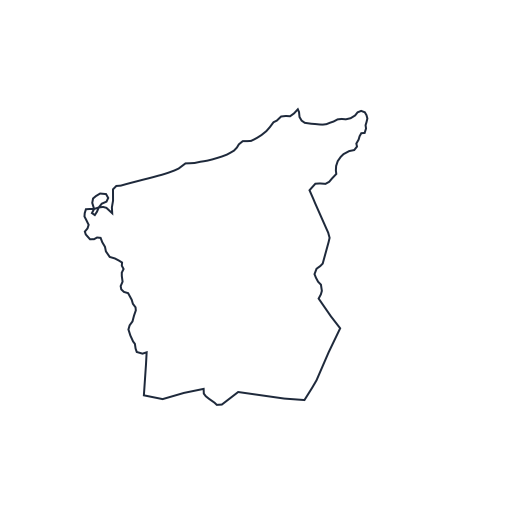 Ipojuca, Pernambuco, Brazil, rotated 233°
{"feature_id": "56859067B31320114840690", "entity_name": "Ipojuca", "entity_type": "district", "adm_level": 2, "iso_a3": "BRA", "parent_name": "Brazil", "parent_adm1": "Pernambuco", "projection": "robinson", "projection_center": [-35.046, -8.459], "detail": "fine", "context": "isolated", "style": "outline", "palette": "slate", "viewbox_px": 512, "rotation_deg": 233, "n_neighbors": 0, "source": "geoboundaries", "source_scale": "gbopen_adm2", "svg_char_len": 2479}
<svg xmlns="http://www.w3.org/2000/svg" viewBox="0 0 512 512"><g transform="rotate(233 256 256)"><path d="M212.2,82.6L200.5,93.0L197.9,95.3L190.0,116.1L181.4,134.2L177.5,131.5L174.2,131.5L170.3,132.5L163.8,134.6L160.7,135.1L157.9,139.3L158.1,159.9L125.1,192.8L111.8,208.0L117.0,221.6L120.3,229.5L135.4,256.1L147.6,279.7L162.7,279.5L184.3,280.4L186.3,284.7L188.5,287.6L194.0,290.6L198.1,290.1L202.6,290.8L206.3,291.8L209.4,296.7L209.3,301.4L209.8,304.7L223.3,322.2L226.2,325.7L231.2,327.7L235.2,328.6L262.7,335.0L267.0,336.1L276.3,338.3L277.0,341.7L278.0,346.9L275.5,350.7L271.8,354.9L271.2,359.1L272.2,363.5L273.2,369.5L276.3,371.3L279.7,374.2L282.6,378.4L284.2,383.4L284.7,387.2L283.7,393.6L281.5,398.2L282.6,402.5L285.4,403.8L287.2,408.0L289.3,410.8L290.7,414.0L288.9,416.8L291.6,420.6L294.5,422.2L296.4,424.8L298.8,427.7L302.0,429.0L305.3,429.4L308.6,427.3L309.6,423.6L308.6,419.7L309.1,414.5L311.1,410.0L313.9,406.9L316.0,403.4L316.7,398.9L317.9,395.3L318.9,391.6L320.8,388.3L322.8,385.9L325.5,383.0L328.4,379.7L333.0,375.1L336.7,373.9L340.8,374.4L345.1,377.0L348.0,377.7L347.0,372.2L347.1,367.3L349.8,364.2L352.3,360.0L351.6,354.1L352.3,350.5L350.6,344.7L349.5,339.4L349.3,333.2L349.7,328.2L350.2,324.8L350.9,321.3L353.1,318.0L355.7,314.5L355.5,309.5L354.1,306.0L353.4,301.8L353.9,297.7L354.5,293.7L356.0,288.6L357.5,284.4L359.4,279.3L361.4,274.6L363.0,271.5L364.7,268.4L367.2,263.0L369.8,259.1L372.4,255.4L372.4,251.0L372.4,246.8L373.4,242.3L375.3,236.0L376.4,232.8L377.6,229.5L378.9,226.4L380.9,221.3L382.8,216.7L385.1,211.3L386.7,207.4L389.8,199.9L391.5,195.7L393.6,190.3L396.0,186.6L395.3,181.9L386.2,175.1L381.6,170.2L376.7,166.9L384.5,165.5L387.2,163.4L389.4,159.6L387.1,155.7L385.7,151.9L389.0,150.8L391.0,155.0L393.6,151.5L395.7,148.3L393.3,145.0L390.8,142.8L386.8,142.1L381.6,141.1L379.4,138.0L378.5,134.0L375.6,133.0L369.3,133.5L366.9,136.7L366.4,140.2L364.0,142.8L359.5,141.5L354.2,140.9L350.0,138.9L343.3,138.6L339.0,141.8L335.0,143.7L331.4,145.1L329.0,143.0L325.3,142.4L323.5,138.8L320.8,136.8L315.8,134.0L313.4,129.8L310.4,128.3L306.8,128.9L303.3,131.5L295.9,130.4L291.9,128.9L287.5,128.9L284.9,127.3L281.8,122.7L278.1,118.0L276.7,113.4L274.1,109.9L268.1,107.8L265.3,107.2L261.8,106.4L258.7,106.4L254.5,104.1L251.1,103.0L246.3,106.6L244.9,110.7L235.5,102.8L212.2,82.6ZM389.4,159.6L390.6,164.3L389.4,169.3L391.3,172.9L395.7,173.5L399.7,169.1L400.2,164.3L400.0,160.5L397.0,157.2L391.0,155.0L389.4,159.6Z" fill="none" stroke="#1e293b" stroke-width="2"/></g></svg>